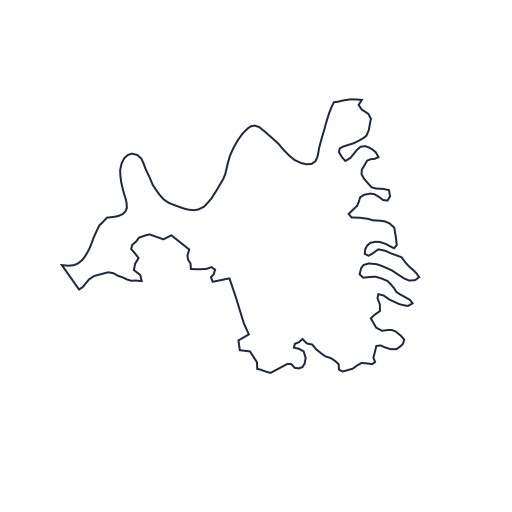 Itapiranga, Santa Catarina, Brazil, rotated 149°
{"feature_id": "56859067B85066808515960", "entity_name": "Itapiranga", "entity_type": "district", "adm_level": 2, "iso_a3": "BRA", "parent_name": "Brazil", "parent_adm1": "Santa Catarina", "projection": "natural_earth1", "projection_center": [-53.721, -27.112], "detail": "fine", "context": "isolated", "style": "outline", "palette": "slate", "viewbox_px": 512, "rotation_deg": 149, "n_neighbors": 0, "source": "geoboundaries", "source_scale": "gbopen_adm2", "svg_char_len": 3946}
<svg xmlns="http://www.w3.org/2000/svg" viewBox="0 0 512 512"><g transform="rotate(149 256 256)"><path d="M313.1,158.6L310.5,156.1L307.1,151.8L303.7,148.3L284.5,147.3L281.4,145.1L280.5,140.3L277.0,137.5L273.3,136.9L269.8,138.7L266.0,142.9L264.3,149.6L266.9,154.2L270.7,158.0L268.0,160.7L263.7,160.0L258.9,160.9L257.5,154.9L253.4,151.1L252.5,144.9L250.2,138.9L248.4,134.5L244.6,130.1L242.1,125.0L240.9,120.6L243.4,116.0L241.3,112.4L236.0,110.9L231.1,109.6L226.0,110.1L220.8,110.0L216.6,107.1L212.0,103.4L208.5,103.8L207.8,108.3L204.0,112.0L199.2,116.9L195.2,115.1L192.8,111.6L188.8,107.0L183.6,103.8L178.6,104.2L175.2,105.1L172.0,108.0L173.0,113.4L175.3,119.6L177.7,122.6L181.2,124.7L186.4,126.9L189.9,132.7L189.7,143.4L184.9,144.5L178.1,145.0L174.8,150.7L173.6,157.3L170.8,160.3L167.0,156.5L164.1,150.0L161.1,145.6L158.2,141.3L155.6,138.5L151.5,134.9L146.2,134.7L146.6,138.9L149.5,144.2L152.5,149.3L154.2,152.9L154.2,157.2L154.9,161.6L156.1,166.7L159.9,172.0L164.2,176.7L168.9,179.2L175.3,182.2L176.6,186.9L172.2,191.4L168.4,192.9L163.2,191.5L157.1,187.1L153.6,183.1L150.3,178.5L147.0,173.8L144.1,167.6L140.6,160.5L137.3,156.0L132.2,153.4L127.1,153.8L127.3,158.0L128.4,162.7L130.1,167.8L131.2,173.1L131.9,180.0L136.0,185.1L138.7,188.4L142.4,193.8L147.7,198.7L153.8,198.2L159.3,198.2L161.7,201.8L159.1,205.3L155.6,207.6L151.3,208.4L146.4,206.7L142.8,204.4L138.6,199.6L136.0,195.2L133.7,191.5L129.7,192.9L126.4,200.2L122.9,209.1L124.7,215.1L127.7,219.3L131.4,222.3L137.4,226.4L140.9,230.2L147.0,235.1L154.2,239.8L154.9,244.3L148.7,245.8L143.5,246.9L140.0,249.5L136.5,252.7L131.7,252.8L125.7,250.5L122.7,248.0L120.3,243.6L118.3,238.6L114.8,235.8L110.4,238.0L108.1,244.0L112.4,248.0L115.4,250.0L118.6,252.2L121.6,255.5L122.9,262.4L123.6,266.6L123.4,271.8L120.7,275.6L117.0,277.5L111.7,280.5L107.8,279.9L104.3,278.2L100.1,277.6L99.9,283.1L101.2,287.1L103.4,290.9L105.9,294.0L110.2,295.8L115.0,294.9L119.0,293.4L124.4,291.5L130.5,291.4L131.4,296.2L131.4,302.4L128.8,305.1L124.9,304.9L119.8,303.7L114.5,302.4L110.6,302.0L106.5,301.8L102.9,301.8L99.3,302.3L94.5,305.8L90.5,310.4L86.8,314.5L86.5,320.0L90.0,327.1L90.2,332.7L84.9,335.3L89.5,338.6L94.5,341.7L99.1,343.6L102.6,344.9L106.3,346.0L110.0,347.7L115.3,344.2L119.6,340.9L122.9,338.0L125.9,335.3L129.7,331.8L132.6,328.9L136.9,325.1L142.8,319.5L146.5,315.8L149.0,312.9L151.8,309.8L156.0,306.7L160.8,306.3L165.2,308.4L169.1,312.0L173.5,318.4L175.9,325.1L177.9,333.8L178.9,340.5L181.2,348.2L182.7,352.7L184.4,358.2L186.9,365.0L189.9,368.4L193.1,369.7L196.5,369.7L200.9,368.8L205.3,367.5L211.3,364.9L214.7,363.1L220.0,360.0L223.9,357.3L226.7,355.3L231.7,350.7L236.6,345.7L240.2,342.0L244.4,338.9L252.5,334.5L257.1,332.0L260.8,330.2L264.2,328.4L269.2,326.7L275.3,325.0L281.6,325.6L285.4,327.1L289.7,330.2L293.5,334.0L296.8,338.0L299.8,341.7L303.3,346.3L305.9,351.8L307.1,357.8L307.5,362.0L307.9,370.1L306.8,377.5L306.2,383.7L305.7,388.0L304.7,393.3L304.1,398.6L305.7,403.7L309.7,407.7L313.9,408.6L318.6,407.7L323.7,404.4L328.2,399.6L330.7,395.1L333.4,389.1L335.5,382.6L336.9,377.9L337.9,373.7L339.4,368.7L341.9,363.7L345.2,361.3L348.8,360.6L352.9,361.1L356.4,362.2L360.5,364.0L364.0,365.6L367.3,364.7L370.8,363.7L374.5,362.9L378.4,360.4L382.2,357.8L386.0,355.1L390.1,351.8L394.9,348.2L399.2,345.6L402.8,343.7L407.3,342.0L412.6,341.3L417.0,342.0L422.0,344.4L427.1,348.2L424.9,318.4L420.6,318.6L416.1,320.2L410.9,322.0L404.9,322.2L391.1,318.2L387.1,314.7L384.6,310.2L381.5,306.6L378.7,302.4L375.8,299.1L372.1,297.1L366.9,293.4L365.0,299.2L367.9,306.9L363.5,311.7L357.7,314.7L358.3,319.9L359.4,326.4L356.3,329.3L351.0,330.2L347.0,332.0L339.4,330.4L336.1,329.3L326.8,318.0L317.9,317.3L309.9,296.0L314.7,291.5L316.1,287.6L316.0,283.3L318.5,278.4L314.9,276.0L310.5,273.3L305.0,270.4L299.9,269.4L298.1,265.3L301.9,262.0L305.5,261.1L306.4,256.2L290.3,250.5L294.4,231.5L301.1,204.6L302.5,192.5L314.5,192.7L318.4,183.6L310.3,177.3L309.9,164.4L313.1,158.6Z" fill="none" stroke="#1e293b" stroke-width="2"/></g></svg>